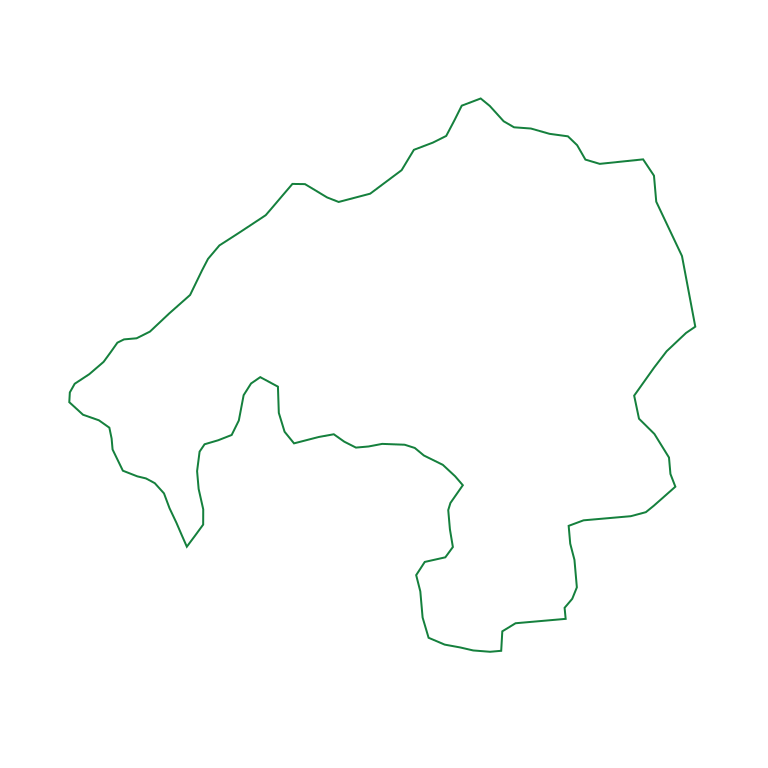 Hoengseong-gun, Gangwon, South Korea (Natural Earth projection), rotated 355°
{"feature_id": "91817680B58418421780923", "entity_name": "Hoengseong-gun", "entity_type": "district", "adm_level": 2, "iso_a3": "KOR", "parent_name": "South Korea", "parent_adm1": "Gangwon", "projection": "natural_earth1", "projection_center": [128.028, 37.482], "detail": "fine", "context": "isolated", "style": "outline", "palette": "green", "viewbox_px": 768, "rotation_deg": 355, "n_neighbors": 0, "source": "geoboundaries", "source_scale": "gbopen_adm2", "svg_char_len": 1708}
<svg xmlns="http://www.w3.org/2000/svg" viewBox="0 0 768 768"><g transform="rotate(355 384 384)"><path d="M661.7,182.8L618.1,183.5L604.2,178.0L597.2,162.9L588.8,153.3L570.7,149.2L552.6,142.3L535.9,139.6L526.1,132.7L513.6,116.2L505.2,108.0L485.7,113.5L477.3,127.2L467.6,142.3L453.7,147.8L434.2,153.3L420.2,172.5L386.8,193.2L354.7,198.7L343.6,193.2L322.7,178.0L310.2,176.7L299.0,187.7L289.3,197.3L280.9,205.5L253.0,220.6L232.1,231.6L219.6,244.0L212.6,255.0L198.6,278.4L176.3,294.9L155.4,311.4L141.5,316.9L128.9,316.9L122.0,319.6L115.0,327.9L106.6,337.5L91.3,348.5L75.9,356.8L70.3,365.0L68.9,374.7L81.5,388.4L96.8,395.3L106.6,403.6L107.9,414.6L107.9,425.6L116.3,447.6L119.1,449.0L130.2,454.5L138.6,457.3L147.0,462.8L155.3,473.8L159.5,489.0L165.1,504.1L169.2,516.5L173.4,528.9L183.2,517.9L191.6,508.3L193.0,493.1L190.2,472.4L190.2,454.5L194.4,435.3L200.0,428.4L213.9,425.6L227.8,421.5L236.2,407.7L243.2,382.9L251.6,371.9L261.3,366.4L278.1,377.4L276.7,403.6L280.8,422.9L289.2,435.3L314.3,431.1L329.6,429.7L339.4,438.0L350.5,444.9L363.1,444.9L377.0,443.5L399.3,446.3L409.1,450.4L417.5,458.7L435.6,469.7L446.8,482.1L453.7,491.7L439.8,508.3L437.0,515.2L437.0,534.5L438.4,552.4L430.0,562.0L409.1,564.8L399.4,577.2L402.1,593.8L402.1,620.0L406.3,640.7L421.7,648.9L437.0,653.1L449.6,657.2L466.3,660.0L477.5,660.0L480.3,640.7L494.2,633.8L509.6,633.8L544.5,633.8L544.4,622.7L552.8,614.4L558.4,603.4L558.4,575.8L555.6,559.3L555.6,541.4L570.9,537.2L601.6,537.2L618.3,537.2L633.7,534.5L642.0,528.9L665.3,511.7L661.5,498.6L661.5,482.1L649.0,457.3L635.0,440.8L632.2,417.4L654.5,391.2L668.4,376.0L689.3,359.5L699.1,354.0L692.0,282.5L671.1,226.1L671.1,200.0L661.7,182.8Z" fill="none" stroke="#15803d" stroke-width="2"/></g></svg>